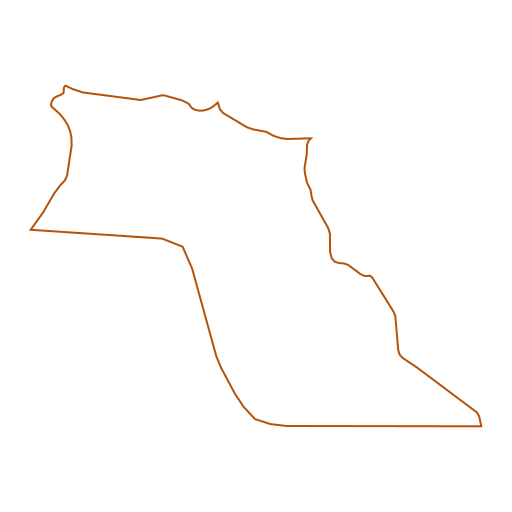 El Oued, Natural Earth projection
{"feature_id": "DZA-2191", "entity_name": "El Oued", "entity_type": "Province", "adm_level": 1, "iso_a3": "DZA", "parent_name": "Algeria", "parent_adm1": "", "projection": "natural_earth1", "projection_center": [6.786, 33.25], "detail": "fine", "context": "isolated", "style": "outline", "palette": "amber", "viewbox_px": 512, "rotation_deg": 0, "n_neighbors": 0, "source": "natural_earth", "source_scale": "10m", "svg_char_len": 1444}
<svg xmlns="http://www.w3.org/2000/svg" viewBox="0 0 512 512"><path d="M329.9,234.0L330.1,252.1L331.8,258.5L334.7,261.7L338.8,263.0L344.1,263.5L348.1,264.9L360.5,274.1L362.6,275.2L364.9,276.0L367.2,276.1L369.5,275.6L372.0,277.2L382.6,294.1L393.9,312.3L395.4,316.7L397.0,335.8L398.2,349.9L399.5,354.4L399.6,354.6L402.7,358.0L416.4,367.1L434.2,380.4L457.5,397.9L476.4,412.0L477.9,414.0L479.2,416.5L481.3,426.3L286.5,426.0L270.5,424.1L255.0,419.1L243.7,406.9L234.9,393.7L221.2,368.0L216.4,356.6L192.1,268.5L182.6,246.7L162.0,238.6L30.7,229.8L43.4,212.0L54.2,193.4L60.0,185.6L64.8,180.5L66.2,177.8L67.2,174.7L71.6,145.8L71.5,139.1L71.2,136.1L70.1,131.1L68.3,126.4L67.2,124.1L63.8,118.9L59.7,113.9L51.9,106.9L51.4,106.2L51.0,105.2L51.2,103.5L51.7,101.8L52.5,100.1L53.3,98.9L54.5,97.7L55.8,96.9L60.3,95.0L62.3,94.0L63.6,92.6L63.8,90.7L63.7,88.5L64.4,86.6L65.0,85.9L65.4,85.7L65.8,85.8L72.7,89.1L83.2,92.5L140.8,100.0L162.3,95.3L164.3,95.4L181.8,100.3L188.2,103.4L189.4,104.6L190.2,106.1L191.3,107.4L193.0,108.7L195.1,109.7L196.7,110.2L199.1,110.6L202.6,110.6L206.1,109.9L210.1,108.4L213.9,105.9L217.8,102.5L219.9,109.3L223.2,113.1L247.0,127.3L253.3,129.4L266.4,131.9L273.7,135.9L281.3,138.3L287.6,139.0L310.9,138.3L311.0,138.3L308.6,140.8L307.1,144.5L306.7,154.5L304.5,168.2L305.0,173.5L306.6,181.0L307.3,183.3L310.5,189.7L311.7,196.8L312.6,200.3L319.7,212.9L328.2,228.1L329.9,233.5L329.9,234.0Z" fill="none" stroke="#b45309" stroke-width="2"/></svg>